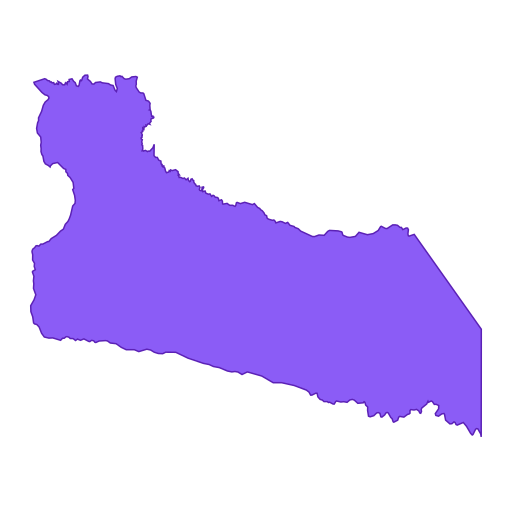 Villavicencio, Meta, Colombia (Equal Earth projection)
{"feature_id": "7082276B6983949832660", "entity_name": "Villavicencio", "entity_type": "district", "adm_level": 2, "iso_a3": "COL", "parent_name": "Colombia", "parent_adm1": "Meta", "projection": "equal_earth", "projection_center": [-73.572, 4.112], "detail": "fine", "context": "isolated", "style": "filled", "palette": "violet", "viewbox_px": 512, "rotation_deg": 0, "n_neighbors": 0, "source": "geoboundaries", "source_scale": "gbopen_adm2", "svg_char_len": 5900}
<svg xmlns="http://www.w3.org/2000/svg" viewBox="0 0 512 512"><path d="M50.1,167.0L50.5,165.8L52.7,163.6L57.6,162.5L63.6,168.5L65.8,169.4L65.9,171.8L67.5,173.4L67.8,175.4L70.1,177.5L73.1,182.4L73.8,188.3L72.7,189.6L74.6,195.4L75.3,200.4L75.0,203.4L72.7,206.0L70.6,215.1L69.2,218.9L67.9,221.5L65.3,224.3L63.4,229.1L60.5,231.1L56.4,235.4L51.2,238.6L48.9,241.5L47.6,241.6L42.8,244.1L40.8,244.1L38.9,246.1L37.1,245.6L35.9,245.9L34.6,247.7L32.9,249.0L32.2,250.4L32.0,251.8L32.7,254.8L32.6,260.0L34.5,263.3L34.2,266.4L35.3,269.7L32.6,271.3L32.4,272.0L33.9,276.3L33.4,280.9L33.8,283.8L33.5,288.4L35.8,294.8L34.0,299.9L30.7,305.7L30.9,311.7L32.7,316.7L33.6,322.9L34.5,323.9L36.8,324.5L39.1,327.0L41.6,333.3L44.3,337.0L48.9,338.1L52.7,337.9L60.6,340.3L62.5,338.3L64.3,338.2L65.8,336.9L66.9,336.6L68.9,337.2L70.2,338.5L73.2,338.6L75.5,340.5L77.5,339.1L80.5,340.3L83.9,338.9L88.7,341.4L89.8,341.6L91.4,340.4L92.6,340.5L93.7,340.8L94.9,342.3L95.8,342.5L99.2,341.0L105.5,340.6L107.4,340.9L110.3,343.0L116.1,343.7L121.2,347.3L126.2,349.7L134.3,349.7L138.8,351.6L146.8,349.2L150.6,350.0L154.2,352.2L158.3,353.5L162.7,353.7L165.7,352.2L175.8,352.3L188.1,358.2L203.5,363.4L209.1,364.5L213.4,366.5L219.3,367.6L227.4,371.0L231.8,371.9L234.9,371.5L237.9,372.0L242.0,374.5L247.2,372.0L248.0,372.1L261.7,376.0L273.2,382.7L281.6,382.7L294.2,385.5L306.4,390.1L309.0,392.1L310.6,395.1L311.9,395.1L315.8,393.2L317.1,393.3L317.9,396.9L320.1,399.4L322.4,400.1L324.0,401.6L327.3,401.6L328.4,402.5L329.6,402.2L333.0,404.0L334.2,404.1L335.7,401.6L336.5,401.0L340.8,402.0L343.7,401.7L347.1,402.3L349.8,400.0L352.3,399.4L354.3,400.1L357.8,403.3L363.3,402.8L364.1,401.7L364.9,402.3L365.7,405.1L367.7,407.0L367.6,410.4L368.5,416.2L370.1,416.8L373.8,415.7L376.7,412.9L378.3,412.6L379.9,413.3L380.8,416.8L381.9,417.1L384.6,415.0L386.0,412.9L387.1,412.4L388.2,412.9L390.8,417.5L392.1,418.7L393.1,421.7L393.8,422.2L397.7,420.2L398.6,417.3L399.7,416.4L403.9,417.1L407.7,414.3L408.9,414.1L410.0,413.2L410.0,410.5L410.8,409.6L414.0,410.0L416.6,409.4L418.8,410.9L419.8,413.0L420.7,413.3L421.5,411.5L421.2,409.5L421.7,408.1L426.7,404.0L428.0,401.2L428.5,402.3L431.2,401.0L432.4,401.6L434.3,404.4L436.1,404.3L438.7,405.5L438.6,408.8L435.3,413.6L435.8,415.4L438.5,416.2L441.8,413.9L444.0,413.5L444.5,414.3L445.6,420.1L449.9,423.9L451.9,423.7L454.0,421.9L455.1,422.5L456.0,424.5L457.2,425.1L463.3,422.5L466.5,426.3L470.6,433.3L472.2,435.0L473.0,434.5L475.5,429.4L476.5,428.6L477.8,428.8L480.7,433.9L481.2,436.9L481.3,329.2L414.2,234.4L409.1,236.1L408.3,235.7L407.9,233.9L408.4,229.7L407.6,228.1L406.1,228.0L402.8,229.6L401.4,227.4L400.0,227.4L397.5,225.3L395.4,224.9L392.7,224.9L387.0,228.6L385.3,228.4L381.3,226.3L380.6,226.6L378.2,230.5L373.2,233.6L367.4,234.7L359.0,232.3L355.4,236.4L349.9,237.4L347.5,237.1L343.5,235.5L342.7,234.8L342.0,232.2L341.2,231.7L338.1,230.9L329.5,230.4L327.7,231.4L324.2,235.3L318.9,235.0L314.5,236.6L312.4,236.5L300.7,231.1L298.2,228.7L294.8,227.4L294.1,226.5L290.0,225.3L287.7,222.4L285.4,223.4L282.2,221.8L280.2,221.4L275.9,222.9L275.2,221.3L273.9,220.0L272.4,220.3L268.4,219.1L267.1,218.1L266.6,215.7L264.8,214.8L264.1,213.0L262.3,210.8L260.5,209.6L259.8,208.5L257.6,207.4L254.4,203.6L252.4,204.6L244.7,202.3L240.4,203.6L237.1,202.4L236.4,202.8L235.7,205.6L235.0,206.4L232.8,205.3L229.7,205.3L227.1,203.4L223.2,204.1L222.6,203.9L222.4,201.1L221.5,199.8L218.9,200.7L218.3,198.2L217.2,197.4L215.3,197.3L214.0,195.7L213.0,195.3L211.6,196.4L210.0,193.9L208.4,194.2L205.9,193.2L205.1,191.0L202.8,191.6L202.5,189.5L203.7,187.7L203.5,186.9L202.0,187.2L202.0,189.3L201.2,190.8L199.7,190.3L199.3,189.3L200.0,187.4L199.2,185.9L197.6,186.3L196.0,185.7L195.6,184.3L194.7,183.7L193.8,182.1L193.7,180.5L192.6,179.9L192.1,178.8L191.0,179.2L190.2,181.4L189.7,181.7L188.4,180.3L188.0,178.3L186.1,179.8L184.4,178.0L183.0,178.5L180.5,177.3L179.2,177.5L178.8,176.0L178.1,175.2L178.3,174.7L179.3,174.8L178.1,173.1L178.1,171.7L175.6,169.7L172.2,170.6L170.5,169.9L170.2,171.3L169.2,170.7L168.8,172.0L166.5,172.7L165.5,171.0L164.8,168.0L163.8,167.2L164.0,166.1L163.3,165.9L162.5,166.6L162.1,166.0L162.1,164.5L161.5,164.5L161.1,163.6L160.9,161.1L158.7,160.1L157.3,157.4L155.6,157.4L154.0,155.7L154.2,144.3L152.9,147.8L149.7,151.2L148.2,151.1L147.5,151.6L145.4,150.4L143.3,151.1L142.9,150.4L142.2,150.6L142.8,148.9L142.6,145.4L141.8,144.8L142.2,143.4L141.7,141.9L142.3,139.6L141.2,138.9L141.1,137.9L142.1,137.1L141.8,135.9L142.2,135.7L142.3,134.8L141.2,132.5L142.4,131.8L142.4,130.8L143.0,130.8L142.8,128.1L143.9,129.1L144.1,126.6L144.8,126.9L146.2,126.3L146.0,125.3L146.6,125.6L148.2,123.7L149.7,124.2L149.3,123.6L151.1,121.3L150.8,120.0L151.1,118.9L153.5,118.0L153.8,117.3L153.2,117.2L153.1,116.3L151.7,116.4L151.9,115.7L151.4,115.1L150.9,111.5L150.3,110.1L149.5,109.9L150.1,109.5L149.8,105.4L150.1,103.3L148.5,101.1L145.9,100.3L143.8,93.7L143.0,93.0L140.6,92.9L139.1,92.0L136.2,87.6L135.8,85.9L136.3,84.4L136.2,81.1L137.3,77.2L135.9,76.5L131.8,76.9L129.2,78.7L125.7,79.2L124.1,78.6L121.9,76.3L121.0,76.7L120.0,75.8L117.2,76.3L115.5,77.2L115.1,78.7L115.7,84.4L117.3,88.5L116.4,91.6L115.1,90.3L113.1,85.5L110.4,84.9L108.5,83.6L102.2,82.8L100.4,81.9L95.5,82.5L93.9,84.1L92.0,83.9L90.4,81.4L87.5,79.0L88.0,76.5L87.6,75.1L84.9,75.2L82.7,77.2L81.6,80.5L81.1,80.8L80.4,80.1L79.9,80.8L79.1,85.1L78.3,86.4L76.4,85.8L75.2,82.6L73.7,81.4L72.0,78.8L69.1,79.5L69.3,81.5L67.6,81.7L67.1,84.2L65.8,82.6L65.2,83.2L64.9,84.6L64.0,84.9L62.5,84.7L61.4,83.3L58.0,81.4L58.5,83.0L58.4,84.4L57.7,84.4L56.7,83.2L55.9,84.1L54.4,84.4L53.7,82.6L52.1,82.9L51.3,81.9L50.3,82.1L49.5,80.9L47.5,80.5L46.4,79.4L44.7,78.7L33.9,82.3L34.6,84.3L42.0,92.5L44.9,94.8L47.4,95.5L48.7,96.8L48.9,98.0L48.1,99.6L45.2,102.0L43.3,105.3L41.6,111.3L38.5,117.9L38.6,120.5L37.6,122.8L36.6,128.4L37.4,133.0L40.7,137.0L41.2,142.4L40.7,145.2L41.1,148.7L41.0,151.6L41.9,154.6L42.9,156.0L43.9,161.4L45.4,163.9L48.4,165.5L50.1,167.0Z" fill="#8b5cf6" stroke="#5b21b6" stroke-width="1.5"/></svg>